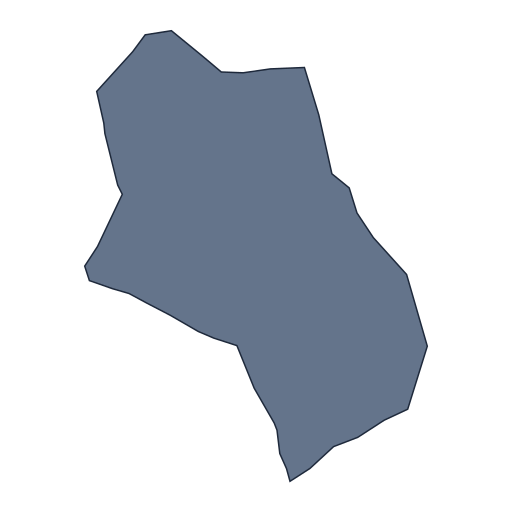 outline of Tu'vshinshiree, Sühbaatar, Mongolia
{"feature_id": "93677404B92890816009325", "entity_name": "Tu'vshinshiree", "entity_type": "district", "adm_level": 2, "iso_a3": "MNG", "parent_name": "Mongolia", "parent_adm1": "Sühbaatar", "projection": "natural_earth1", "projection_center": [111.655, 46.29], "detail": "fine", "context": "isolated", "style": "filled", "palette": "slate", "viewbox_px": 512, "rotation_deg": 0, "n_neighbors": 0, "source": "geoboundaries", "source_scale": "gbopen_adm2", "svg_char_len": 635}
<svg xmlns="http://www.w3.org/2000/svg" viewBox="0 0 512 512"><path d="M427.3,346.2L406.6,274.5L373.3,237.6L357.0,213.0L349.2,187.9L331.9,173.8L318.8,114.9L304.4,67.5L270.3,68.9L243.1,72.8L221.3,72.0L202.3,56.0L171.4,30.7L145.2,34.8L132.6,51.8L96.7,91.4L103.8,123.1L104.9,133.6L117.7,185.1L122.3,194.3L97.5,246.5L84.7,266.1L89.4,280.6L112.5,288.7L129.0,293.5L147.0,303.2L170.1,315.2L198.3,331.5L214.0,338.2L236.9,345.6L246.6,369.5L254.2,388.2L274.2,423.0L277.0,430.2L279.8,453.6L286.5,468.6L290.0,481.3L310.0,468.4L333.6,446.6L357.8,437.3L384.2,420.2L407.7,409.2L427.3,346.2Z" fill="#64748b" stroke="#1e293b" stroke-width="1.5"/></svg>